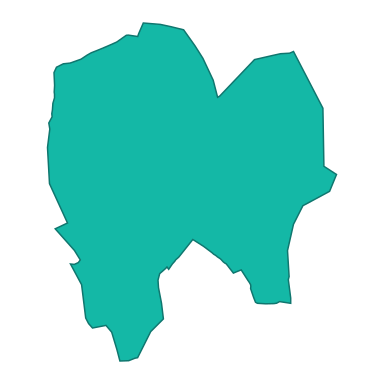 the district of Gwandu, Kebbi, Nigeria
{"feature_id": "59680162B64610537243626", "entity_name": "Gwandu", "entity_type": "district", "adm_level": 2, "iso_a3": "NGA", "parent_name": "Nigeria", "parent_adm1": "Kebbi", "projection": "natural_earth1", "projection_center": [4.613, 12.485], "detail": "fine", "context": "isolated", "style": "filled", "palette": "teal", "viewbox_px": 384, "rotation_deg": 0, "n_neighbors": 0, "source": "geoboundaries", "source_scale": "gbopen_adm2", "svg_char_len": 1543}
<svg xmlns="http://www.w3.org/2000/svg" viewBox="0 0 384 384"><path d="M70.5,264.0L81.6,284.7L85.7,318.0L88.6,323.6L92.5,328.0L106.0,325.4L111.7,332.2L116.9,349.5L119.9,361.0L128.7,360.7L135.0,358.2L137.6,357.7L150.7,331.6L163.4,318.9L161.5,303.2L158.5,287.7L158.0,280.1L159.7,273.6L162.4,271.3L166.0,268.1L167.0,267.0L168.7,269.3L172.4,263.9L174.3,261.8L175.2,260.7L175.6,259.9L178.7,257.2L192.8,239.5L203.5,246.3L211.9,252.6L213.8,254.3L215.2,255.1L216.6,256.1L217.2,256.7L218.4,257.5L220.1,258.6L221.1,259.5L223.3,261.9L225.0,263.2L226.2,263.8L233.4,273.1L236.2,271.9L241.2,269.9L248.0,280.5L249.3,282.4L250.6,284.7L250.8,286.3L250.8,286.6L250.6,288.6L253.4,296.8L254.0,298.4L255.5,302.2L257.0,303.1L257.5,303.3L265.6,303.8L274.0,303.6L276.6,303.2L279.6,301.6L290.7,303.3L290.7,298.0L290.0,292.6L288.3,279.6L289.1,276.6L287.5,250.6L290.8,236.1L293.5,224.2L294.4,222.5L302.9,205.7L312.6,200.5L329.6,191.3L336.5,174.5L323.9,166.3L323.1,119.0L322.9,108.2L321.8,106.1L293.5,51.5L289.6,53.2L280.6,53.7L272.9,55.4L254.5,59.6L219.7,96.1L217.6,97.3L213.2,80.2L202.9,58.3L194.9,45.7L183.6,29.8L171.0,26.7L160.3,24.4L143.3,23.0L138.7,33.6L137.7,36.5L128.3,35.1L126.3,35.3L116.6,42.1L107.1,46.3L97.3,50.4L91.2,52.8L87.0,55.2L81.0,59.2L70.0,63.1L63.3,63.8L56.5,67.2L54.0,72.6L54.6,85.5L54.2,92.1L54.5,94.2L54.5,97.9L52.9,103.3L52.4,110.1L51.8,113.7L52.1,116.8L48.8,123.0L49.8,129.1L48.2,141.9L47.5,147.5L49.5,183.7L67.5,223.0L55.2,228.8L74.4,250.4L80.3,259.9L78.3,262.6L74.3,264.4L70.5,264.0Z" fill="#14b8a6" stroke="#0f766e" stroke-width="1.5"/></svg>